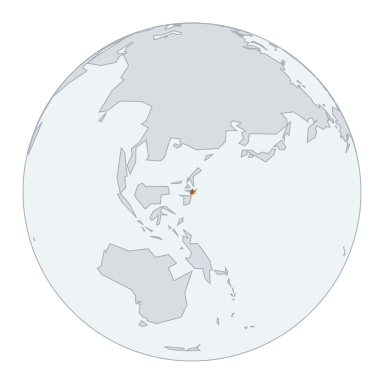 Leyte highlighted on a globe, orthographic projection, rotated 40°
{"feature_id": "PHL-2583", "entity_name": "Leyte", "entity_type": "Province", "adm_level": 1, "iso_a3": "PHL", "parent_name": "Philippines", "parent_adm1": "", "projection": "orthographic", "projection_center": [124.655, 10.871], "detail": "fine", "context": "on_globe", "style": "filled", "palette": "amber", "viewbox_px": 384, "rotation_deg": 40, "n_neighbors": 0, "source": "natural_earth", "source_scale": "10m", "svg_char_len": 9711}
<svg xmlns="http://www.w3.org/2000/svg" viewBox="0 0 384 384"><g transform="rotate(40 192 192)"><circle cx="192" cy="192" r="169" fill="#eef3f6" stroke="#a8b0b8"/><path d="M325.6,255.3L325.4,256.5L325.2,256.6L325.6,255.3ZM287.7,52.8L279.5,47.8L274.2,47.5L278.1,51.4L272.8,47.9L284.0,58.5L284.7,63.3L280.5,55.6L277.4,53.2L276.2,55.0L272.7,53.0L270.2,52.9L266.2,50.6L264.0,46.9L261.4,45.5L260.7,46.9L256.2,45.9L257.6,43.9L250.0,42.1L245.0,36.8L252.1,35.4L245.9,32.5L245.0,31.6L256.2,35.7L267.1,40.7L277.6,46.4L287.7,52.8ZM349.2,143.6L347.8,140.0L349.1,141.5L349.2,143.6ZM346.7,138.3L347.2,139.4L346.7,138.6L346.7,138.3ZM346.1,138.1L346.5,138.3L346.2,138.4L346.1,138.1ZM345.5,138.3L345.8,138.0L345.5,138.3ZM344.0,137.4L343.6,137.0L343.8,136.4L344.0,137.4ZM289.5,54.1L288.3,53.2L292.5,56.1L291.8,55.7L289.5,54.1ZM281.7,54.9L281.9,53.9L282.9,55.6L281.7,54.9ZM270.5,53.4L271.5,54.4L269.8,54.0L270.5,53.4ZM262.0,50.1L258.9,49.4L261.7,49.4L262.0,50.1ZM256.8,48.6L249.2,47.4L250.8,49.3L241.9,43.6L251.3,46.2L254.6,45.8L254.5,47.1L256.8,48.6ZM243.9,31.2L243.1,31.0L239.9,30.0L243.9,31.2ZM239.7,29.9L240.1,30.2L233.9,28.5L232.3,27.9L233.7,28.3L239.7,29.9ZM232.3,27.9L230.5,27.5L230.8,27.6L232.3,27.9ZM238.2,40.9L236.0,40.3L237.9,40.3L238.2,40.9ZM243.2,31.3L241.6,31.0L236.2,29.5L234.9,29.3L233.7,28.4L243.2,31.3ZM230.0,27.4L229.7,27.3L228.8,27.1L230.0,27.4ZM230.0,27.6L228.1,27.1L230.2,27.8L226.2,27.0L226.2,26.6L224.5,26.4L223.3,26.2L224.6,26.3L230.0,27.6ZM217.7,25.0L216.8,24.9L216.1,24.8L217.7,25.0ZM222.8,25.9L221.3,25.7L218.5,25.2L220.0,25.4L222.5,25.8L222.8,25.9ZM223.6,26.6L229.6,27.9L229.5,28.0L223.6,26.6ZM215.0,24.6L215.4,24.7L214.5,24.6L215.0,24.6ZM220.6,25.9L222.8,26.2L222.5,26.3L220.6,25.9ZM214.4,24.7L213.9,24.6L215.8,24.8L214.4,24.7ZM217.0,25.2L216.1,25.2L216.7,25.0L218.0,25.3L217.0,25.2ZM220.0,25.8L220.5,26.0L219.1,25.7L220.0,25.8ZM207.5,24.1L207.9,23.9L212.0,24.3L211.1,24.4L207.5,24.1ZM48.4,103.0L47.7,104.1L47.1,106.2L56.5,93.6L57.5,89.8L63.0,82.9L66.5,80.5L66.4,84.8L68.6,82.4L73.1,75.0L77.7,71.8L75.2,72.2L72.8,75.1L71.2,75.7L73.3,73.1L74.8,72.0L76.1,70.0L68.5,76.9L65.3,80.6L65.5,80.0L75.3,69.8L85.9,60.5L97.3,52.1L97.1,52.2L98.2,51.6L103.4,48.3L101.6,49.6L107.1,46.3L108.0,46.7L111.6,43.7L117.8,40.6L121.8,39.3L124.5,38.0L117.9,40.3L114.7,41.8L110.9,43.8L106.0,46.6L116.9,40.7L128.1,35.6L135.8,33.3L137.9,33.8L127.6,40.1L123.4,41.3L125.0,39.4L117.6,43.6L121.0,42.0L119.6,43.4L125.1,41.5L124.4,42.4L131.0,39.3L130.7,40.3L126.5,42.2L134.4,41.0L135.5,42.9L137.6,42.3L139.6,41.0L139.6,44.7L141.2,44.1L141.9,42.6L145.4,40.6L151.8,38.7L151.4,40.0L149.1,40.9L143.7,45.1L137.5,47.7L138.0,48.1L143.3,46.2L149.9,41.0L153.8,39.5L151.2,41.8L152.5,40.8L154.3,40.6L155.8,41.7L158.9,39.2L179.5,36.3L184.5,38.8L179.9,40.7L193.9,41.9L198.4,45.7L199.0,44.2L206.1,44.4L204.8,43.1L205.6,42.5L223.2,43.9L227.1,45.7L235.4,45.6L235.6,45.0L233.2,43.5L241.9,43.6L250.8,49.3L249.7,50.4L256.0,53.7L252.6,55.9L252.7,59.6L245.2,60.9L246.0,64.2L248.4,65.2L251.2,70.9L248.5,80.0L240.0,68.1L241.9,56.0L240.2,60.3L237.4,58.2L234.9,59.2L234.0,62.6L235.8,63.7L218.2,65.3L209.7,74.6L218.0,75.4L221.8,79.5L219.4,93.4L198.5,110.4L203.3,118.1L202.7,122.6L196.5,124.6L197.2,117.9L192.1,114.7L193.5,110.9L183.7,112.6L185.3,107.3L176.9,111.6L178.6,116.3L186.6,116.4L178.7,123.1L185.1,131.9L184.3,141.6L168.3,156.8L154.3,160.3L153.1,163.3L148.4,159.0L140.8,164.3L148.6,183.4L147.9,188.5L136.2,196.9L136.2,193.0L123.7,181.7L120.4,193.8L129.8,205.5L133.0,218.1L125.3,213.2L122.2,202.1L117.8,197.8L119.7,187.2L117.4,170.7L109.7,172.6L111.0,166.3L106.6,152.4L95.9,154.7L78.4,168.5L74.9,184.4L69.4,190.5L65.6,165.5L68.0,149.8L64.0,150.3L62.2,135.9L51.6,131.0L52.4,126.8L49.9,127.8L49.1,122.6L51.2,116.0L49.6,115.5L44.5,133.0L46.5,133.8L51.4,128.8L49.3,134.8L50.5,141.5L41.0,153.6L29.1,160.5L31.8,148.4L42.9,113.9L44.7,110.8L44.9,110.4L45.3,109.7L42.3,114.6L45.6,108.3L35.5,131.0L32.1,140.5L28.9,161.1L28.2,162.6L28.3,167.3L33.5,166.3L32.7,170.2L27.9,187.0L24.1,208.0L26.9,226.2L30.4,240.9L31.2,243.7L27.8,232.0L25.4,220.1L23.8,208.0L23.1,195.8L23.2,183.6L24.3,171.5L26.2,159.4L29.0,147.6L32.6,135.9L37.1,124.6L42.3,113.6L48.4,103.0ZM62.4,97.1L65.0,100.1L70.7,91.0L72.1,91.5L73.6,88.4L71.1,90.3L75.5,82.3L79.1,81.2L82.4,77.8L81.6,76.7L74.4,80.2L67.9,91.4L64.4,94.1L62.4,97.1ZM200.0,23.2L197.6,23.1L198.4,23.2L194.0,23.3L187.4,23.3L188.8,23.4L185.5,23.8L179.9,24.1L182.9,23.6L174.5,24.5L175.3,24.1L174.3,24.2L172.8,24.2L169.2,24.6L169.8,24.5L184.9,23.2L200.0,23.2ZM212.1,24.2L211.2,24.2L210.0,24.0L212.1,24.2ZM210.0,24.0L210.4,24.1L207.5,23.8L207.0,23.9L204.5,23.6L206.1,24.1L198.0,23.6L194.5,23.4L203.5,23.5L203.5,23.4L203.8,23.5L210.0,24.0ZM155.2,28.3L157.5,27.6L158.3,27.5L164.3,26.4L164.2,26.9L160.5,27.8L155.2,28.3ZM54.7,95.2L52.9,97.1L53.9,95.5L54.3,95.1L54.7,95.2ZM156.1,28.6L158.6,28.0L157.0,28.6L156.1,28.6ZM164.4,27.2L163.1,27.9L164.9,26.8L164.4,27.2ZM99.7,328.4L103.2,330.6L101.6,330.2L99.7,328.4ZM35.1,244.0L42.4,268.2L40.9,266.8L37.2,258.7L32.1,243.5L32.7,240.8L32.0,234.4L35.1,244.0ZM175.5,250.8L180.7,252.0L180.6,252.8L175.5,250.8ZM170.0,247.6L175.9,248.5L169.0,249.2L170.0,247.6ZM178.2,248.8L184.3,247.9L186.9,246.9L186.5,248.4L178.2,248.8ZM166.0,247.3L144.8,244.7L136.6,241.7L138.4,239.1L151.7,241.4L166.0,247.3ZM137.7,238.9L125.4,229.3L109.5,203.8L115.2,205.1L132.0,221.5L130.9,223.8L138.3,231.0L137.7,238.9ZM168.2,227.8L167.1,235.0L155.2,233.1L149.9,231.3L146.3,221.5L148.3,217.0L152.6,217.6L170.0,203.3L176.0,207.9L170.4,214.2L175.3,221.1L168.2,227.8ZM75.3,186.1L77.5,196.4L74.6,197.4L75.3,186.1ZM177.6,192.8L170.2,199.1L177.1,190.4L177.6,192.8ZM182.0,184.4L182.2,188.0L179.6,184.3L182.0,184.4ZM152.4,168.1L147.8,168.4L148.0,165.9L154.0,164.1L152.4,168.1ZM183.6,149.9L182.5,157.0L181.3,159.4L179.7,154.8L183.6,149.9ZM158.5,35.0L150.2,35.7L144.2,37.3L140.6,39.5L142.1,37.0L151.4,34.6L158.5,35.0ZM176.9,35.8L180.0,34.4L181.1,35.2L180.5,35.6L176.9,35.8ZM177.1,34.8L176.4,32.9L179.7,32.3L179.6,33.9L177.1,34.8ZM165.9,29.7L163.4,29.8L164.8,29.2L165.9,29.7ZM286.0,317.0L288.0,317.9L283.1,322.2L276.5,326.6L270.3,328.2L286.0,317.0ZM236.7,327.8L236.0,322.9L243.2,322.7L240.6,326.9L236.7,327.8ZM290.6,313.6L294.9,309.0L296.1,303.3L296.1,308.4L300.0,308.3L289.5,317.5L290.6,313.6ZM208.7,305.7L176.0,313.2L168.6,311.2L170.0,307.1L162.2,293.1L164.6,293.6L162.4,284.3L181.5,277.8L194.9,263.7L206.1,265.5L214.2,255.0L225.9,256.6L222.7,265.2L235.2,271.7L242.9,252.5L251.2,273.9L260.7,281.7L264.1,294.8L249.4,315.7L240.4,319.5L238.4,317.5L234.8,319.5L228.7,318.3L224.7,311.3L221.1,313.2L224.3,308.2L219.2,312.5L215.8,307.9L208.7,305.7ZM292.7,272.2L294.5,272.7L297.6,276.4L294.6,275.7L292.7,272.2ZM320.8,259.9L321.7,261.5L319.7,262.1L320.8,259.9ZM325.2,256.6L322.9,257.5L325.6,255.3L325.2,256.6ZM301.9,260.0L302.9,261.3L302.1,261.8L301.9,260.0ZM301.1,259.6L302.2,257.5L302.1,259.6L301.1,259.6ZM292.0,248.1L293.1,247.1L293.6,247.9L292.0,248.1ZM188.5,252.8L195.8,247.8L199.8,247.7L188.5,252.8ZM290.3,245.8L287.5,245.5L287.8,244.4L290.3,245.8ZM290.4,243.1L290.1,241.5L291.9,245.3L290.4,243.1ZM285.0,239.4L288.5,242.4L284.6,239.8L285.0,239.4ZM283.0,239.8L280.5,238.4L280.7,237.9L283.0,239.8ZM255.7,240.7L264.9,250.6L257.7,250.0L249.5,243.7L243.4,248.8L229.5,247.0L232.6,243.8L230.6,238.5L216.4,235.4L213.5,231.7L218.5,229.9L209.3,226.4L219.4,225.7L223.6,233.0L229.4,228.0L239.5,230.1L249.5,233.1L257.6,238.8L255.7,240.7ZM219.6,241.0L221.4,241.2L219.8,243.1L219.6,241.0ZM275.8,234.4L279.4,237.9L279.0,238.8L277.2,238.2L275.8,234.4ZM259.5,237.7L268.2,232.4L270.3,232.6L264.5,238.8L259.5,237.7ZM266.0,228.5L270.1,229.6L272.3,232.9L271.5,233.8L266.0,228.5ZM198.9,232.9L198.5,234.7L195.9,233.0L198.9,232.9ZM202.2,232.0L210.1,234.8L201.5,233.6L202.2,232.0ZM178.8,223.1L181.0,227.9L188.1,225.6L182.7,229.3L187.6,237.3L186.1,240.0L181.2,231.4L179.6,239.6L176.5,239.1L174.7,231.8L177.8,223.3L180.9,220.0L193.7,219.7L178.8,223.1ZM202.2,226.4L200.1,220.9L201.7,217.5L203.9,220.5L202.2,226.4ZM194.2,207.6L188.9,200.9L184.0,202.8L194.2,195.3L197.5,202.8L194.2,207.6ZM190.0,193.7L185.4,195.4L190.3,190.9L190.0,193.7ZM184.3,193.2L184.0,189.0L187.6,189.9L184.3,193.2ZM192.4,194.2L193.6,187.1L195.3,191.5L192.4,194.2ZM183.0,179.4L190.3,187.1L180.5,183.1L181.0,169.5L185.3,169.6L183.0,179.4ZM212.7,128.9L212.1,125.2L216.2,124.8L215.5,127.4L212.7,128.9ZM229.2,121.6L217.2,123.6L207.5,125.8L210.1,127.7L207.2,133.6L203.7,127.5L211.1,121.5L218.3,121.0L220.1,116.2L225.8,113.6L225.7,107.5L228.5,105.2L230.8,110.8L229.2,121.6ZM225.4,104.9L227.2,94.9L234.6,97.2L235.9,100.0L231.9,103.4L228.2,101.9L225.4,104.9ZM229.8,93.3L226.3,91.9L221.6,77.2L222.4,74.8L229.9,86.5L227.0,85.9L226.8,89.3L229.8,93.3ZM236.3,41.1L236.1,40.4L237.6,41.2L236.3,41.1ZM204.7,41.8L206.1,41.1L207.8,41.8L204.7,41.8ZM210.8,39.6L207.8,39.2L211.1,39.0L210.8,39.6ZM201.1,38.6L206.7,38.8L201.2,39.5L201.1,38.6Z" fill="#d9dde1" stroke="#a8b0b8" stroke-width="1"/><path d="M191.7,191.7L191.7,191.8L191.6,192.0L191.5,191.9L191.4,191.9L191.2,191.8L191.3,191.8L191.3,191.7L191.2,191.5L191.2,191.4L191.3,191.3L191.3,191.2L191.3,190.7L191.2,190.7L191.1,190.4L191.0,190.2L191.3,190.2L191.4,190.3L191.5,190.5L191.5,190.4L191.8,190.6L192.1,190.7L192.3,190.7L192.5,190.4L192.8,190.4L192.9,190.5L193.0,190.5L192.9,190.6L192.8,190.9L193.0,191.1L193.1,191.3L193.2,191.6L193.0,192.1L193.0,192.3L193.3,192.5L193.5,192.7L193.5,192.8L193.4,192.8L193.2,193.0L192.9,193.0L192.7,193.1L192.7,193.3L192.7,193.7L192.7,193.8L192.4,194.0L192.3,193.9L192.4,193.7L192.3,193.4L192.2,193.4L192.2,193.2L192.3,193.1L192.3,192.9L192.4,192.6L192.4,192.4L192.4,192.1L192.2,192.0L192.2,191.9L192.0,191.7L191.9,191.6L192.0,191.4L191.9,191.2L191.7,191.3L191.7,191.7ZM191.2,192.5L191.0,192.8L190.9,192.8L190.9,192.7L191.0,192.7L191.2,192.5ZM191.5,192.5L191.4,192.7L191.5,192.5Z" fill="#f59e0b" stroke="#b45309" stroke-width="1.5"/></g></svg>